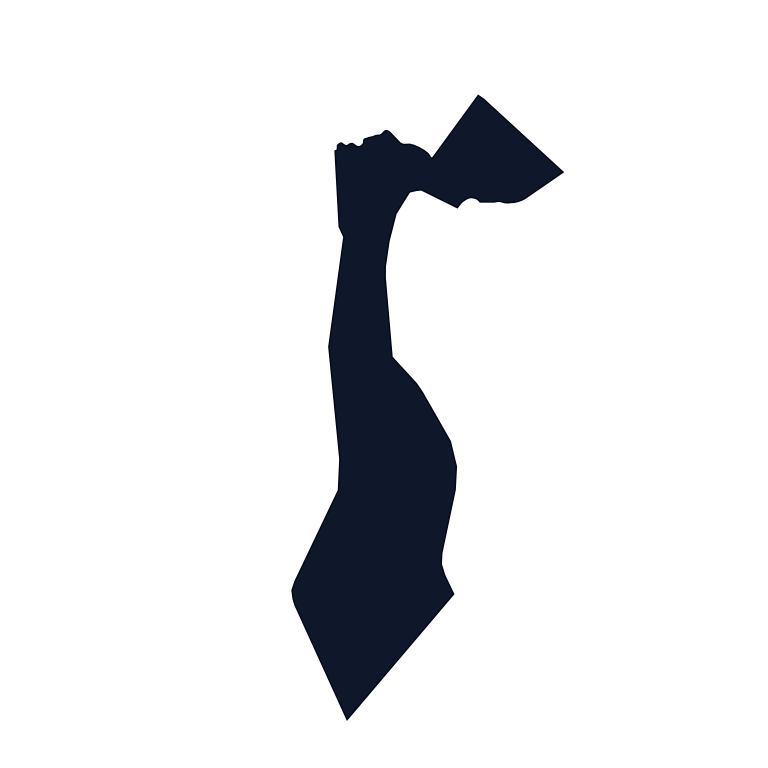 Al Jizah, orthographic projection, rotated 309°
{"feature_id": "EGY-1544", "entity_name": "Al Jizah", "entity_type": "Governorate", "adm_level": 1, "iso_a3": "EGY", "parent_name": "Egypt", "parent_adm1": "", "projection": "orthographic", "projection_center": [30.712, 29.007], "detail": "fine", "context": "isolated", "style": "filled", "palette": "ink", "viewbox_px": 768, "rotation_deg": 309, "n_neighbors": 0, "source": "natural_earth", "source_scale": "10m", "svg_char_len": 1419}
<svg xmlns="http://www.w3.org/2000/svg" viewBox="0 0 768 768"><g transform="rotate(309 384 384)"><path d="M401.5,419.3L381.1,471.6L365.3,492.2L346.4,505.9L288.9,535.3L280.0,541.8L273.7,551.1L264.5,570.3L100.0,566.5L156.3,453.8L159.8,448.7L165.8,442.4L175.0,439.0L272.8,415.5L297.8,397.1L378.2,317.8L473.1,260.3L478.1,250.2L534.3,199.4L536.5,200.5L540.3,197.7L543.5,198.5L544.4,199.1L544.6,200.3L544.6,201.9L544.8,203.3L545.6,205.3L546.0,205.4L547.1,205.8L548.5,206.2L549.9,206.9L550.0,207.2L550.8,207.8L551.2,209.3L551.3,212.4L551.9,214.5L553.4,216.0L555.6,216.7L558.0,216.7L559.0,216.3L560.6,215.0L561.7,214.7L562.7,215.1L564.3,216.4L565.8,217.1L568.8,219.6L570.2,220.4L572.1,221.5L574.7,224.2L576.2,225.0L581.0,225.5L582.2,226.2L582.9,227.3L583.2,228.6L583.3,229.9L581.4,244.9L581.9,247.5L583.2,249.5L586.4,253.1L588.1,256.8L589.6,262.0L590.6,267.9L590.7,273.2L589.9,276.1L589.1,277.8L590.1,279.6L667.5,275.7L668.0,282.2L661.3,389.8L616.2,376.5L613.8,375.4L610.2,373.2L607.8,371.4L602.9,366.3L601.5,364.5L600.9,363.5L599.2,359.6L598.3,358.3L597.5,357.3L594.9,355.1L586.0,344.1L586.3,342.5L586.4,341.4L586.3,339.8L586.0,338.4L585.4,337.0L584.2,335.0L583.4,333.9L582.4,333.0L581.3,332.3L579.4,331.4L575.8,330.3L572.7,329.8L567.2,330.0L558.4,290.8L554.9,287.3L549.3,282.9L523.8,286.1L498.3,297.8L476.2,310.9L467.2,318.1L409.9,373.3L404.7,408.6L401.5,419.3Z" fill="#0f172a" stroke="#020617" stroke-width="1.5"/></g></svg>